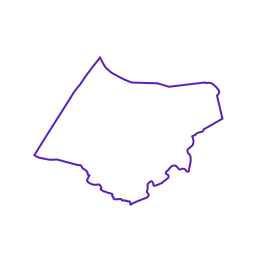 Preah Vihear, Preah Vihéar, Cambodia, rotated 76°
{"feature_id": "14789045B58116618058730", "entity_name": "Preah Vihear", "entity_type": "district", "adm_level": 2, "iso_a3": "KHM", "parent_name": "Cambodia", "parent_adm1": "Preah Vihéar", "projection": "equal_earth", "projection_center": [105.027, 13.736], "detail": "fine", "context": "isolated", "style": "outline", "palette": "violet", "viewbox_px": 256, "rotation_deg": 76, "n_neighbors": 0, "source": "geoboundaries", "source_scale": "gbopen_adm2", "svg_char_len": 4268}
<svg xmlns="http://www.w3.org/2000/svg" viewBox="0 0 256 256"><g transform="rotate(76 128 128)"><path d="M131.7,225.4L132.8,224.6L134.2,222.9L135.0,221.9L135.7,220.6L136.4,219.2L137.0,217.9L137.8,216.2L138.5,214.7L139.3,213.0L139.8,211.5L140.4,209.6L140.7,208.1L141.1,206.2L141.3,204.7L151.7,185.9L151.9,185.2L152.3,184.1L152.5,183.6L152.6,183.1L153.0,182.6L154.1,182.3L154.5,182.3L154.9,182.1L155.3,181.9L156.2,181.8L156.5,181.5L157.0,181.1L157.3,180.7L157.7,180.4L158.0,179.9L158.5,179.4L159.1,179.2L160.0,178.5L160.4,178.3L161.1,178.0L161.9,178.2L162.7,178.4L163.3,178.2L163.7,178.2L163.9,177.8L164.2,177.0L164.7,176.9L165.2,177.4L165.8,178.0L166.3,178.4L167.0,179.0L167.5,179.4L168.1,179.7L168.6,180.3L169.1,180.5L169.8,180.3L170.3,180.2L171.0,179.6L171.5,179.3L171.9,179.0L172.5,178.2L173.3,177.4L173.5,177.1L174.0,176.3L174.3,176.0L174.5,175.4L174.8,174.6L175.1,173.9L175.2,173.4L175.3,172.7L175.5,171.7L175.6,170.6L175.9,169.5L176.5,169.1L177.2,168.9L177.8,168.8L178.4,168.7L179.2,168.2L179.8,168.5L180.5,169.3L181.0,169.3L181.5,169.0L182.0,168.4L182.3,168.0L182.9,167.7L183.4,167.3L183.9,166.4L184.3,165.4L184.9,164.6L185.5,163.9L186.1,163.2L186.4,162.3L186.7,161.6L187.5,160.5L187.8,159.8L188.5,159.2L189.3,159.3L189.9,159.6L190.6,159.7L191.1,159.3L191.8,158.8L192.4,158.9L193.1,159.1L193.5,158.6L193.8,158.2L194.1,157.8L194.2,157.0L194.4,156.5L194.5,156.0L194.5,155.4L194.6,154.6L194.9,153.7L195.1,153.3L195.1,152.8L195.1,152.4L195.2,151.9L195.7,151.5L196.6,151.4L197.1,151.0L197.1,149.9L197.4,148.9L198.1,148.2L198.3,147.7L198.3,146.8L198.5,146.3L198.9,146.1L199.3,145.8L199.3,145.1L199.5,144.4L199.8,144.1L200.3,144.0L200.9,144.1L201.2,143.8L201.9,143.9L202.6,144.2L203.1,143.9L202.5,142.6L202.2,141.9L202.0,140.3L201.8,139.1L201.6,138.1L201.4,136.6L201.2,135.5L201.1,134.4L200.9,133.2L200.7,131.8L200.5,130.7L200.4,129.6L200.5,129.0L200.3,128.0L199.9,126.6L199.7,125.8L199.1,124.9L198.5,124.4L198.0,124.1L197.0,124.2L196.4,124.4L195.9,124.6L195.3,124.8L194.8,125.1L194.3,125.1L193.3,124.6L192.3,123.9L191.0,123.4L188.8,123.0L187.8,122.8L187.1,122.2L186.4,121.3L186.1,120.8L185.6,119.8L185.4,119.2L185.3,118.3L185.9,117.6L186.6,117.3L187.3,117.1L188.0,116.9L188.6,117.0L189.2,117.2L189.8,117.1L190.2,116.7L190.5,116.5L190.5,115.4L190.4,114.2L190.3,113.3L190.2,112.5L190.1,111.9L190.0,111.3L189.8,110.6L189.8,110.0L189.7,108.9L189.6,108.5L189.3,107.9L189.0,107.5L188.6,106.6L188.2,105.7L187.8,104.7L187.3,103.7L186.4,101.7L185.9,100.9L185.2,100.4L184.5,100.2L183.7,100.3L183.0,100.7L182.6,101.2L182.2,101.8L181.7,102.1L181.2,102.3L180.7,102.2L180.2,101.9L179.8,101.5L179.5,100.9L179.2,100.3L178.9,99.9L178.7,99.4L178.2,98.9L177.9,98.4L177.6,97.9L177.0,97.2L176.5,96.5L176.2,96.0L175.9,95.5L175.7,94.8L175.5,94.0L175.5,93.0L175.6,92.0L176.0,91.2L176.4,90.7L176.9,90.3L177.7,89.9L178.2,89.6L178.8,89.2L179.3,89.0L179.9,88.8L180.4,88.4L180.7,88.0L180.8,87.3L180.8,86.4L180.7,85.5L180.8,84.8L180.9,84.2L181.2,83.5L181.5,83.0L181.9,82.7L182.4,82.3L183.4,82.0L184.3,81.5L184.6,81.2L184.9,80.7L185.0,80.2L184.6,79.6L183.8,79.2L183.2,78.9L182.5,78.7L182.1,78.4L181.3,78.0L180.2,77.4L179.1,76.9L178.0,76.5L177.2,76.0L176.0,75.5L174.7,75.1L173.8,74.8L172.9,74.7L171.6,74.3L170.2,74.4L169.4,74.5L168.0,75.0L167.0,75.8L165.9,75.9L164.6,75.8L163.9,75.7L163.4,75.3L162.9,74.6L162.4,73.7L162.1,73.0L161.5,71.9L161.1,70.9L160.7,70.2L160.1,69.2L159.2,68.7L158.0,68.1L157.0,67.7L156.1,67.6L155.0,67.5L154.0,67.5L153.0,67.5L152.1,67.8L151.5,67.5L151.4,66.8L151.3,66.0L151.0,65.0L150.9,64.3L150.6,63.7L150.1,63.0L149.7,62.1L149.5,61.0L149.5,59.6L149.5,58.0L149.3,56.5L148.8,55.5L148.0,55.1L147.6,54.8L141.8,34.1L118.0,33.8L117.3,32.4L116.2,31.3L115.0,30.8L113.8,30.6L112.5,31.2L111.1,31.9L109.4,32.6L107.8,33.7L106.7,34.5L105.7,35.3L104.8,36.3L104.1,37.6L103.7,38.4L103.6,39.1L103.5,39.8L103.4,40.5L103.4,41.1L103.1,41.8L102.4,42.3L97.9,78.3L91.8,88.5L84.8,113.3L82.2,117.0L79.6,120.4L77.8,122.5L75.9,124.7L73.9,126.7L71.4,129.6L68.8,131.9L66.6,133.2L64.9,134.5L62.5,135.6L60.8,136.1L59.4,136.5L58.1,136.8L57.1,137.1L55.7,137.4L54.2,137.8L52.9,138.1L53.6,139.0L55.0,140.8L58.5,145.3L61.2,148.9L65.1,153.6L68.6,157.8L71.9,161.4L74.2,163.9L74.9,164.9L76.6,167.3L79.8,171.4L85.0,176.7L116.2,209.4L119.5,212.8L131.7,225.4Z" fill="none" stroke="#5b21b6" stroke-width="2"/></g></svg>